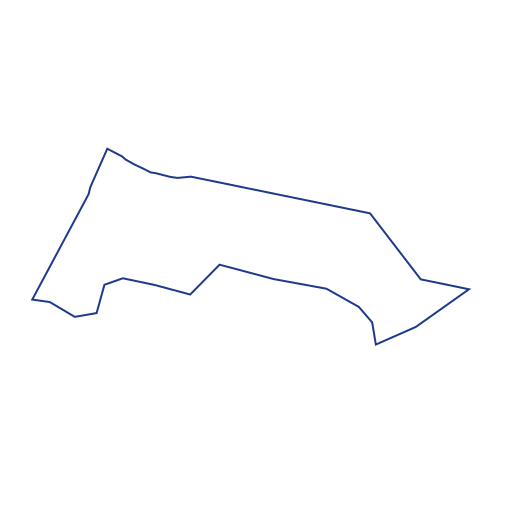 outline of Pearts Gap, Castries, Saint Lucia, rotated 8°
{"feature_id": "8701671B41529666733093", "entity_name": "Pearts Gap", "entity_type": "district", "adm_level": 2, "iso_a3": "LCA", "parent_name": "Saint Lucia", "parent_adm1": "Castries", "projection": "natural_earth1", "projection_center": [-60.986, 14.01], "detail": "fine", "context": "isolated", "style": "outline", "palette": "blue", "viewbox_px": 512, "rotation_deg": 8, "n_neighbors": 0, "source": "geoboundaries", "source_scale": "gbopen_adm2", "svg_char_len": 553}
<svg xmlns="http://www.w3.org/2000/svg" viewBox="0 0 512 512"><g transform="rotate(8 256 256)"><path d="M471.5,259.3L422.4,256.2L363.0,197.9L180.5,186.5L167.4,189.6L160.1,189.6L145.0,187.9L140.0,187.9L133.1,185.5L122.3,182.1L113.6,178.7L109.5,176.0L93.8,170.5L82.4,210.7L81.6,218.1L80.7,220.6L40.5,330.3L58.2,330.3L85.0,341.5L106.1,334.7L109.9,305.6L127.2,296.6L159.8,298.8L196.2,303.3L221.1,269.7L276.7,276.4L330.4,278.6L364.9,292.1L380.3,305.6L387.0,327.0L424.1,304.0L456.9,273.1L471.5,259.3Z" fill="none" stroke="#1e3a8a" stroke-width="2"/></g></svg>